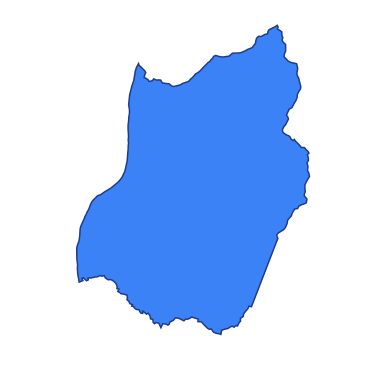 outline of Couto Magalhães, Tocantins, Brazil, rotated 348°
{"feature_id": "56859067B61149343342397", "entity_name": "Couto Magalhães", "entity_type": "district", "adm_level": 2, "iso_a3": "BRA", "parent_name": "Brazil", "parent_adm1": "Tocantins", "projection": "albers", "projection_center": [-49.159, -8.438], "detail": "fine", "context": "isolated", "style": "filled", "palette": "blue", "viewbox_px": 384, "rotation_deg": 348, "n_neighbors": 0, "source": "geoboundaries", "source_scale": "gbopen_adm2", "svg_char_len": 3682}
<svg xmlns="http://www.w3.org/2000/svg" viewBox="0 0 384 384"><g transform="rotate(348 192 192)"><path d="M62.9,256.7L66.9,256.0L66.3,253.6L67.9,253.3L69.1,255.1L70.4,256.9L72.2,256.4L72.5,254.4L75.7,255.1L79.4,255.0L81.8,255.3L84.6,254.7L86.3,255.6L88.8,255.6L89.4,258.1L91.7,260.4L93.8,260.6L95.8,261.8L97.0,263.3L98.3,265.2L98.9,266.7L99.1,269.2L98.5,270.8L100.3,271.7L98.7,273.9L100.0,274.9L101.6,276.9L103.4,277.4L106.9,279.3L107.0,281.4L106.0,283.9L107.4,285.5L108.0,288.3L110.3,289.7L109.3,291.1L111.0,291.8L111.6,293.6L113.3,295.4L115.7,296.1L116.1,298.2L116.9,299.9L118.5,300.5L119.2,298.3L120.7,300.1L122.0,302.0L124.0,301.5L125.2,304.6L125.1,307.5L127.2,308.5L126.9,311.4L127.9,313.0L129.6,312.3L132.2,313.3L132.6,315.1L133.4,318.3L134.8,316.3L136.1,314.7L139.1,315.8L140.8,317.2L142.3,316.5L143.3,314.6L147.1,313.7L149.5,311.7L152.2,312.5L154.3,313.9L157.3,316.3L159.3,315.0L161.4,315.5L163.8,315.0L165.9,314.2L167.4,315.3L171.8,317.7L170.8,320.0L174.3,321.0L175.7,323.6L177.2,326.1L178.8,328.4L180.5,330.0L182.4,330.0L183.9,333.6L186.2,335.2L188.8,336.2L190.6,337.3L191.5,335.4L192.1,333.5L195.1,333.0L198.8,333.0L201.0,332.1L203.4,331.5L205.0,333.0L206.9,331.8L208.6,332.5L210.0,330.8L211.1,329.3L212.6,328.5L213.1,325.7L216.3,324.4L217.1,322.0L219.3,320.1L222.4,317.8L224.0,315.5L226.3,316.6L264.4,258.1L266.3,255.4L265.9,252.8L266.2,251.2L268.1,249.9L273.1,248.2L275.1,247.0L276.5,245.4L278.3,242.9L279.8,239.3L284.3,235.9L285.1,234.3L287.2,231.7L289.1,230.0L291.9,230.1L293.2,228.2L296.2,227.3L299.4,226.9L301.5,226.4L303.0,222.8L301.0,219.0L301.7,217.0L302.9,215.2L303.2,211.7L304.0,208.3L308.1,203.3L310.2,201.2L310.2,197.6L309.5,195.4L309.8,193.7L310.7,191.4L310.6,189.3L310.5,187.2L312.4,185.5L312.9,182.4L312.6,179.5L314.4,178.4L314.0,176.7L312.5,174.4L311.3,172.0L308.2,171.1L306.8,168.4L305.3,166.0L303.9,164.0L303.0,161.8L301.5,162.7L299.9,160.9L299.4,158.7L298.4,157.2L296.4,155.9L294.8,154.3L293.3,152.5L293.3,150.1L294.3,148.6L295.8,146.9L297.6,145.6L301.5,140.7L301.4,139.0L300.4,136.4L303.0,132.9L304.3,131.2L307.2,130.3L310.7,126.2L312.6,124.3L314.5,121.3L315.2,118.8L317.4,115.8L319.4,114.0L320.3,111.6L320.0,102.8L319.1,99.5L319.4,97.2L320.4,95.0L321.1,92.8L321.0,88.3L318.7,87.2L315.9,86.0L313.4,84.1L312.0,81.8L310.2,78.9L310.8,76.6L312.9,73.6L313.6,70.4L314.2,67.0L312.9,65.3L311.9,63.7L311.9,61.5L312.9,60.0L312.5,57.4L313.1,54.0L312.0,52.7L309.4,50.3L310.5,48.7L310.1,46.7L307.1,47.8L301.2,49.2L299.7,50.8L298.8,53.0L295.7,53.1L292.2,54.3L289.5,53.6L287.2,54.9L285.9,57.3L285.0,59.7L280.9,63.3L276.2,64.1L273.2,65.0L269.0,65.9L266.2,65.7L260.5,64.6L258.0,66.0L256.0,66.9L254.2,66.6L251.0,66.5L248.2,65.8L245.6,64.5L243.6,63.4L241.4,63.8L239.8,65.6L238.0,66.6L236.6,68.0L234.4,68.8L232.7,70.1L230.6,71.4L228.9,72.5L224.7,75.5L221.7,76.8L220.0,77.2L217.6,79.2L215.4,80.6L213.8,81.4L212.1,82.9L209.8,83.4L204.8,83.9L203.3,84.8L196.2,85.0L194.4,84.3L192.1,81.4L188.9,80.4L185.6,79.1L184.6,76.0L182.8,75.5L180.5,75.1L178.1,73.4L176.3,74.9L173.1,75.0L172.4,73.1L170.5,71.1L169.0,70.2L170.0,67.8L171.6,65.5L170.9,63.5L168.0,59.0L166.5,57.1L166.4,55.3L163.5,58.7L161.7,61.9L158.3,70.7L155.1,76.1L151.2,84.1L148.2,93.4L147.9,98.7L147.1,102.3L145.9,105.2L144.6,109.9L143.5,112.9L142.6,116.9L141.5,124.3L140.3,128.3L140.2,130.7L139.2,133.6L138.6,136.2L135.0,148.2L132.2,154.5L130.5,158.0L126.7,162.9L124.8,164.7L121.7,167.0L113.3,171.4L107.1,173.5L101.8,175.7L98.9,176.0L94.4,178.9L92.2,180.6L90.2,183.0L87.5,187.3L85.3,189.7L83.8,192.0L82.2,193.7L81.1,195.6L77.9,199.9L76.1,202.4L74.9,204.9L73.1,211.4L71.4,216.2L69.1,219.8L67.6,222.8L65.5,233.3L64.9,239.7L63.9,243.1L63.2,248.6L62.9,256.7Z" fill="#3b82f6" stroke="#1e3a8a" stroke-width="1.5"/></g></svg>